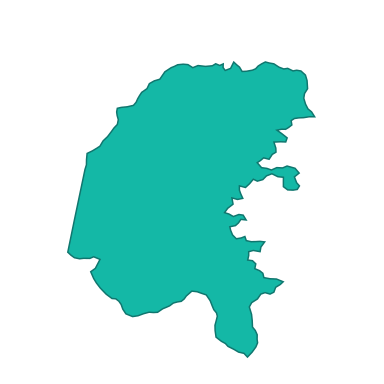 Torrinha, São Paulo, Brazil, rotated 285°
{"feature_id": "56859067B22113080966075", "entity_name": "Torrinha", "entity_type": "district", "adm_level": 2, "iso_a3": "BRA", "parent_name": "Brazil", "parent_adm1": "São Paulo", "projection": "albers", "projection_center": [-48.163, -22.448], "detail": "fine", "context": "isolated", "style": "filled", "palette": "teal", "viewbox_px": 384, "rotation_deg": 285, "n_neighbors": 0, "source": "geoboundaries", "source_scale": "gbopen_adm2", "svg_char_len": 2901}
<svg xmlns="http://www.w3.org/2000/svg" viewBox="0 0 384 384"><g transform="rotate(285 192 192)"><path d="M101.7,87.6L99.6,91.5L98.1,95.4L98.4,100.7L99.9,104.5L101.4,110.5L104.0,113.8L103.1,120.6L93.2,118.4L88.8,114.8L83.0,119.4L79.4,123.2L75.4,128.4L71.1,135.5L68.4,142.3L69.1,146.0L67.6,149.6L65.0,152.7L60.9,155.5L57.2,159.7L56.3,166.9L58.5,171.9L61.9,176.7L64.8,181.7L65.6,186.0L66.9,189.9L71.7,194.0L73.9,196.9L76.2,199.8L79.9,202.7L82.0,206.3L83.6,209.9L86.6,212.1L90.1,213.4L96.2,217.5L97.0,222.8L96.6,227.4L96.3,232.4L91.7,237.7L87.1,241.1L84.0,243.5L81.6,246.9L78.6,248.6L73.6,248.7L69.2,248.7L64.1,250.2L58.0,252.8L55.4,259.0L54.3,263.5L52.2,266.7L50.9,273.0L49.4,278.4L49.6,284.0L46.9,288.3L52.8,291.5L58.8,293.8L63.3,294.4L66.6,293.0L71.0,291.9L74.6,289.0L77.2,285.4L83.5,283.4L89.2,281.2L95.8,277.1L100.6,278.3L105.6,282.9L111.2,284.9L113.7,288.6L113.6,293.8L116.4,297.0L121.6,297.5L125.5,301.2L128.9,303.3L129.8,296.1L128.4,289.8L127.9,283.6L131.8,281.5L133.5,277.7L134.2,272.5L139.1,272.2L141.3,268.2L140.7,263.4L145.4,263.2L149.0,262.2L151.4,266.3L152.0,273.2L156.7,272.8L162.6,275.1L161.9,270.4L160.6,266.4L159.3,262.0L159.1,257.0L162.7,254.6L160.4,251.5L158.3,246.9L161.0,242.3L164.9,239.3L168.2,237.5L170.8,242.7L174.2,244.9L178.2,246.3L179.0,251.5L182.9,247.4L182.4,243.1L179.0,238.3L180.3,233.4L180.5,228.8L185.5,230.7L190.9,234.8L196.6,232.1L196.6,237.9L199.0,242.7L202.9,239.5L206.1,237.3L210.2,236.2L210.2,242.5L215.0,245.5L220.2,247.9L219.4,252.3L222.3,257.2L226.9,259.8L230.3,264.5L229.0,271.0L229.9,276.5L225.6,277.6L220.8,278.9L218.8,283.9L220.0,289.2L221.7,293.0L225.7,294.2L228.0,290.7L233.1,287.0L238.0,290.6L241.6,285.4L241.7,277.1L238.7,273.3L237.5,267.6L233.8,263.0L234.2,258.2L233.5,252.9L237.2,247.4L240.3,250.1L243.5,252.3L243.6,258.0L249.1,259.8L252.2,262.8L256.1,261.6L261.4,258.2L263.4,264.4L264.6,269.6L268.9,269.9L271.7,263.4L273.7,258.0L275.8,262.2L276.8,266.2L279.3,268.6L282.6,271.1L286.6,269.3L289.5,271.9L291.3,276.1L292.7,280.6L295.0,285.7L296.4,291.0L300.3,286.8L302.3,282.5L306.3,278.9L311.5,275.7L316.2,275.2L321.7,276.9L329.4,274.3L334.3,271.3L337.1,265.9L336.7,261.6L335.1,258.2L336.2,252.4L334.6,248.8L335.1,243.7L337.0,237.9L336.6,233.2L336.6,229.2L333.8,226.1L330.8,223.3L327.5,221.6L325.3,218.8L322.7,213.3L321.4,209.2L324.9,205.6L326.4,202.3L328.3,198.7L321.4,197.3L318.0,192.6L320.3,189.8L323.8,189.0L321.4,186.0L322.0,181.7L319.2,179.0L316.8,172.5L315.7,165.1L312.3,160.6L314.0,155.1L313.2,150.5L311.2,145.2L308.8,142.5L306.7,139.7L301.1,134.7L292.6,131.7L289.6,126.8L285.7,122.8L280.2,121.8L275.2,117.6L271.6,116.4L267.9,115.4L264.2,114.8L260.5,113.0L257.5,107.3L255.4,101.7L253.5,98.2L249.8,98.5L246.5,99.9L242.8,102.1L237.9,102.4L233.7,100.1L229.2,98.4L223.6,96.1L218.4,92.9L212.4,91.2L208.7,87.8L206.0,85.2L202.1,80.7L196.1,81.7L190.9,83.0L186.2,82.8L135.3,85.6L101.7,87.6Z" fill="#14b8a6" stroke="#0f766e" stroke-width="1.5"/></g></svg>